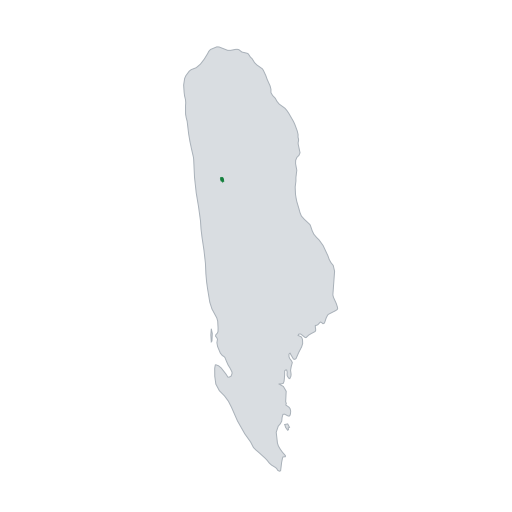 location of Fianarantsoa I, Haute Matsiatra, Madagascar, rotated 159°
{"feature_id": "10022922B21478747844721", "entity_name": "Fianarantsoa I", "entity_type": "district", "adm_level": 2, "iso_a3": "MDG", "parent_name": "Madagascar", "parent_adm1": "Haute Matsiatra", "projection": "equal_earth", "projection_center": [47.084, -21.453], "detail": "fine", "context": "in_parent", "style": "filled", "palette": "green", "viewbox_px": 512, "rotation_deg": 159, "n_neighbors": 0, "source": "geoboundaries", "source_scale": "gbopen_adm2", "svg_char_len": 4198}
<svg xmlns="http://www.w3.org/2000/svg" viewBox="0 0 512 512"><g transform="rotate(159 256 256)"><path d="M317.8,57.9L318.8,61.2L320.1,64.3L324.0,72.0L325.6,74.9L327.0,78.1L327.7,84.3L330.2,94.0L332.4,108.6L333.1,123.5L333.8,130.3L335.6,136.8L338.5,143.4L339.4,150.8L337.6,158.5L334.9,165.7L334.2,167.0L333.0,168.9L332.4,168.8L330.3,166.9L328.6,163.9L326.4,156.7L325.7,153.1L324.7,152.5L322.2,152.8L320.3,155.1L320.0,156.5L320.4,160.6L321.1,164.2L321.3,167.9L321.4,172.5L322.1,173.9L323.1,175.1L324.1,178.1L324.3,185.3L323.6,189.0L321.8,192.1L321.9,193.8L322.5,195.6L321.9,196.7L319.5,198.0L318.5,199.2L317.2,202.4L315.1,208.9L314.8,212.2L316.1,222.3L315.7,229.4L312.9,243.0L311.4,249.5L309.2,257.2L305.8,267.4L302.5,280.1L299.6,293.2L297.6,301.1L295.2,308.8L292.0,322.5L289.2,336.3L285.2,351.5L279.6,368.4L279.0,370.7L277.8,379.3L276.6,386.8L275.1,394.2L272.0,406.4L271.6,410.1L270.9,413.7L268.0,421.4L266.7,424.2L265.8,427.2L265.3,431.1L264.4,434.7L262.3,441.5L259.0,447.3L256.8,449.5L252.1,452.5L249.7,453.2L244.4,453.2L239.2,455.0L233.8,458.3L228.7,462.2L226.7,464.0L224.5,465.1L217.7,465.3L215.6,464.4L208.7,458.1L206.1,457.1L201.0,456.2L199.5,455.7L198.1,454.8L196.1,451.5L192.0,448.7L191.0,447.9L190.4,445.9L190.0,443.8L188.9,441.5L188.1,437.1L186.7,434.0L183.0,428.5L182.6,426.7L182.2,420.9L182.3,416.9L181.9,409.7L182.3,406.3L183.5,403.2L183.0,399.9L181.5,396.4L181.0,392.8L179.9,389.5L176.0,383.5L175.0,380.6L174.3,377.6L172.8,368.1L172.6,364.8L172.7,357.9L173.2,354.3L174.2,351.8L174.4,349.9L175.0,348.3L175.9,347.0L176.5,345.5L177.9,336.6L179.8,334.6L182.5,333.4L184.7,331.1L186.0,327.9L187.2,321.4L190.6,315.0L191.9,311.6L194.7,306.4L197.1,299.2L197.8,295.8L198.4,292.3L199.0,284.6L199.4,280.8L199.3,277.0L197.8,273.1L194.4,266.0L194.3,264.7L194.5,259.4L194.2,255.6L192.9,251.8L191.3,248.2L189.6,241.6L188.8,230.5L188.9,226.5L188.4,222.9L187.3,219.5L188.1,213.6L198.2,192.1L198.5,189.6L198.1,183.0L198.3,179.2L198.6,177.7L199.4,176.9L201.2,176.5L209.5,175.6L210.6,174.9L212.6,173.1L215.5,169.6L216.8,168.6L217.9,168.9L218.6,170.4L219.6,171.3L222.9,169.7L224.2,169.6L225.5,169.9L226.1,168.4L226.5,166.4L227.0,165.1L227.9,164.3L232.2,163.8L235.0,163.3L238.5,161.9L239.3,162.2L242.2,167.1L243.1,167.5L244.2,167.7L245.2,166.8L242.8,164.3L242.5,162.8L242.6,161.1L243.8,157.6L245.9,154.9L250.6,150.7L255.4,145.9L256.8,145.6L258.0,146.4L258.9,152.0L258.8,152.9L259.6,153.1L260.5,152.4L261.3,150.1L261.3,148.2L260.7,146.4L260.4,144.9L260.3,143.5L262.8,140.1L264.7,136.9L265.6,133.1L266.4,131.4L268.4,129.4L269.0,129.7L269.5,131.3L269.8,133.0L269.3,134.7L268.5,136.4L268.2,138.6L269.4,139.0L270.4,138.5L272.0,134.5L273.8,130.7L274.9,128.7L276.3,127.3L278.5,127.6L280.7,128.5L277.2,124.4L276.3,118.9L280.5,109.4L280.6,107.4L281.2,106.8L281.5,106.1L279.3,102.8L278.9,101.2L279.2,98.8L280.2,96.7L281.2,95.2L282.5,94.6L283.6,95.4L286.0,98.1L287.6,98.5L289.5,95.9L291.1,92.7L293.5,90.6L296.2,89.2L300.3,84.2L303.0,73.8L303.2,70.7L302.6,67.0L301.7,63.5L300.1,59.1L300.5,58.1L302.8,58.7L303.5,58.1L306.0,54.2L310.0,46.7L311.3,46.7L312.5,48.1L312.9,50.2L313.7,51.7L316.4,55.2L317.8,57.9ZM289.6,87.3L289.7,88.4L286.6,87.9L286.1,84.0L287.6,83.9L287.9,82.2L288.9,82.0L289.8,85.5L289.6,87.3ZM326.5,198.4L323.8,204.1L324.6,199.3L327.6,192.4L328.5,191.9L326.5,198.4Z" fill="#d9dde1" stroke="#a8b0b8" stroke-width="1"/><path d="M260.4,341.4L260.4,341.1L260.4,340.9L260.5,341.0L260.7,340.9L260.8,340.9L260.9,341.0L261.0,340.8L261.0,340.7L261.0,340.4L260.9,340.3L260.9,340.2L260.7,340.1L260.8,340.0L261.0,340.0L261.3,340.1L261.3,339.9L261.2,339.9L261.2,339.7L261.2,339.4L261.3,339.4L261.3,339.2L261.4,338.9L261.2,338.8L261.2,338.7L261.1,338.4L261.1,338.5L261.1,338.4L260.9,338.3L260.8,338.2L260.7,338.1L260.4,337.9L260.3,337.7L260.2,337.7L260.2,337.8L260.2,337.7L260.1,337.8L260.1,338.0L259.9,338.1L259.9,338.3L259.8,338.2L259.8,338.3L259.7,338.4L259.6,338.5L259.4,338.5L259.4,338.8L259.4,339.0L259.2,339.1L259.1,339.3L259.1,339.5L259.1,339.8L259.3,339.9L259.2,340.0L259.3,340.2L259.2,340.2L259.2,340.3L259.3,340.4L259.2,340.5L259.2,340.8L259.3,340.9L259.4,340.7L259.5,340.7L259.8,340.7L259.8,340.8L259.9,341.0L260.0,341.0L260.2,341.3L260.4,341.4Z" fill="#22c55e" stroke="#15803d" stroke-width="1.5"/></g></svg>